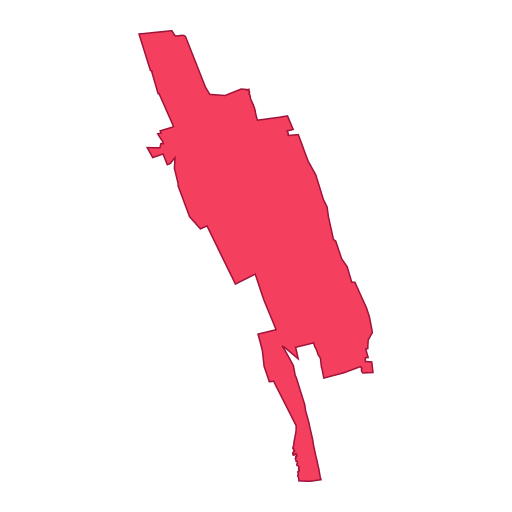 El Naranjo, San Luis Potosí, Mexico (Mercator projection)
{"feature_id": "50627088B30003317916079", "entity_name": "El Naranjo", "entity_type": "district", "adm_level": 2, "iso_a3": "MEX", "parent_name": "Mexico", "parent_adm1": "San Luis Potosí", "projection": "mercator", "projection_center": [-99.359, 22.447], "detail": "fine", "context": "isolated", "style": "filled", "palette": "rose", "viewbox_px": 512, "rotation_deg": 0, "n_neighbors": 0, "source": "geoboundaries", "source_scale": "gbopen_adm2", "svg_char_len": 4528}
<svg xmlns="http://www.w3.org/2000/svg" viewBox="0 0 512 512"><path d="M160.2,130.8L161.2,133.0L158.7,133.6L157.7,133.8L158.1,134.4L158.8,135.6L159.1,136.1L159.6,136.9L159.7,137.1L159.9,137.3L160.1,137.6L160.2,137.8L160.6,138.4L160.9,138.9L161.3,139.6L162.1,140.5L162.4,141.1L162.8,141.7L163.0,142.3L163.4,143.8L163.2,143.8L162.1,143.6L161.1,143.4L160.9,143.5L160.9,143.8L160.6,144.8L160.4,145.8L160.3,146.2L160.1,146.9L160.0,147.4L159.9,147.8L159.2,147.8L147.2,147.6L152.7,157.6L156.2,156.4L163.0,154.0L167.3,164.7L170.6,163.3L170.8,162.7L175.0,157.8L174.4,168.2L174.4,168.5L175.3,172.0L176.3,176.2L176.6,177.5L178.2,183.8L178.1,185.8L179.0,188.3L179.7,190.3L182.0,196.2L184.9,204.2L185.8,206.5L189.6,216.8L192.7,220.2L200.4,228.9L207.0,225.9L217.1,246.6L218.0,248.5L231.4,275.9L231.5,276.0L235.4,284.1L255.2,274.1L262.8,296.9L264.4,301.3L268.7,311.7L273.5,323.3L276.1,329.7L258.0,334.1L261.3,346.4L262.4,350.9L264.1,366.4L268.6,379.5L269.3,381.8L273.6,381.2L277.8,389.5L284.3,402.3L289.3,412.2L293.7,420.9L296.2,425.8L296.1,427.7L296.1,429.5L295.9,432.1L293.8,443.0L294.0,444.1L293.2,446.7L292.8,448.2L293.2,448.8L293.8,448.9L294.0,449.1L293.7,449.7L294.0,450.5L294.3,450.6L293.8,451.1L293.9,451.4L294.2,451.6L292.8,452.6L292.7,453.1L293.2,455.2L293.5,455.2L294.2,455.0L294.5,454.9L294.6,454.7L294.4,454.3L294.4,454.2L295.1,454.2L295.5,453.9L295.9,453.8L296.2,453.8L296.3,453.9L296.3,454.6L296.4,454.9L296.8,455.4L296.6,455.9L296.7,456.2L296.6,456.3L296.3,456.1L296.1,456.1L295.7,456.4L295.7,456.7L295.9,456.9L296.1,457.0L295.7,457.7L295.7,458.0L295.3,458.3L295.4,458.6L295.6,459.1L295.7,459.8L296.0,460.7L296.1,461.2L296.2,461.4L297.0,461.3L297.5,462.5L297.1,463.4L296.7,464.4L296.8,464.7L297.1,465.6L298.5,466.0L298.8,466.0L298.9,466.9L298.6,468.2L298.9,468.7L298.6,469.6L299.0,469.8L299.1,470.3L299.3,470.5L299.1,471.0L298.9,471.2L298.0,471.5L297.8,471.9L298.0,472.2L297.9,472.7L298.4,474.5L297.7,475.2L297.7,475.9L297.9,476.0L298.8,478.7L298.9,480.9L309.9,481.3L321.0,479.7L320.2,477.1L320.0,475.7L319.8,474.6L319.6,473.8L319.5,472.5L319.1,470.9L318.9,468.9L318.4,467.4L318.0,465.3L317.7,464.5L317.2,461.5L316.4,458.2L316.0,456.8L313.2,443.6L312.9,440.8L312.6,439.3L312.2,437.4L310.1,428.4L309.7,426.6L309.4,425.0L308.9,422.6L307.7,418.3L305.6,410.8L304.8,404.9L304.4,403.6L303.1,399.5L302.2,396.5L300.6,391.5L300.3,390.6L296.4,377.9L296.1,377.3L295.7,376.3L295.1,375.3L294.9,373.9L294.8,373.2L294.7,372.3L294.4,371.0L293.7,367.3L293.4,365.6L291.1,361.4L285.0,350.3L282.2,345.9L285.0,347.7L298.2,358.8L296.3,350.1L295.6,347.3L313.6,342.9L314.7,346.5L315.8,348.5L317.1,351.4L317.4,352.3L317.9,354.3L320.4,358.2L321.4,367.1L322.0,368.7L323.8,378.1L325.3,377.7L332.1,375.9L340.1,373.8L343.9,372.8L345.2,372.3L360.5,366.6L360.8,367.2L361.2,367.5L361.3,367.7L361.9,368.0L361.6,368.7L361.4,369.0L361.5,369.9L361.5,371.0L362.8,373.0L373.0,372.5L372.5,368.6L372.2,365.4L372.0,363.9L371.7,361.9L365.4,361.5L365.3,357.7L368.2,357.5L367.7,356.0L365.7,348.9L367.8,348.7L367.8,348.0L367.9,344.6L368.0,343.7L368.2,340.1L371.6,333.8L372.3,332.9L371.9,329.7L369.5,317.2L369.4,316.8L366.6,308.2L354.9,282.3L351.7,282.1L347.2,266.8L341.7,258.9L335.9,241.6L335.7,241.0L333.5,239.5L333.3,238.8L331.3,229.6L329.4,221.1L328.4,216.6L327.1,207.0L326.0,204.8L324.7,202.0L324.5,201.7L323.3,199.3L323.3,199.2L320.3,189.5L318.1,182.3L316.5,177.2L315.9,175.1L315.0,173.5L312.5,169.0L309.4,163.4L308.2,161.3L304.2,150.6L302.5,145.9L298.3,134.6L288.2,135.5L288.3,134.6L288.2,133.3L287.2,130.9L293.2,129.5L287.5,115.9L281.2,116.9L280.6,117.1L269.9,118.5L264.5,119.3L258.8,120.0L257.4,120.2L257.2,119.6L257.1,119.1L256.9,118.3L256.6,117.4L256.2,115.8L255.9,114.6L255.5,112.8L255.3,111.8L255.3,110.6L255.0,110.2L254.3,107.5L253.7,106.1L253.3,104.5L252.9,104.0L252.4,103.0L252.3,102.4L251.9,101.8L251.2,100.2L250.4,98.5L250.4,97.5L250.3,97.4L250.4,97.2L250.2,96.4L250.1,95.9L249.9,95.0L249.7,94.7L249.5,94.3L249.4,94.1L249.2,94.2L249.0,93.7L249.1,93.3L249.3,93.1L249.5,92.9L249.4,92.5L249.4,92.3L249.4,92.0L249.5,91.8L249.5,91.7L249.4,91.4L249.2,91.2L248.9,90.9L248.9,90.6L248.8,90.4L249.0,90.3L249.0,90.0L248.7,89.6L248.8,89.4L247.8,89.5L246.9,90.1L246.5,89.5L241.2,89.0L230.0,93.5L225.1,95.5L209.8,94.4L209.4,93.8L209.3,93.6L205.4,87.0L185.5,36.6L184.1,35.6L182.8,35.3L181.4,35.4L176.3,36.0L174.9,35.6L171.9,30.7L139.0,34.0L142.0,43.6L142.5,45.2L147.1,59.9L150.4,70.4L152.0,71.2L152.1,71.9L151.8,71.9L158.1,93.7L159.0,93.6L164.6,106.1L165.8,109.0L168.8,115.7L173.5,126.4L172.6,127.1L160.2,130.8Z" fill="#f43f5e" stroke="#9f1239" stroke-width="1.5"/></svg>